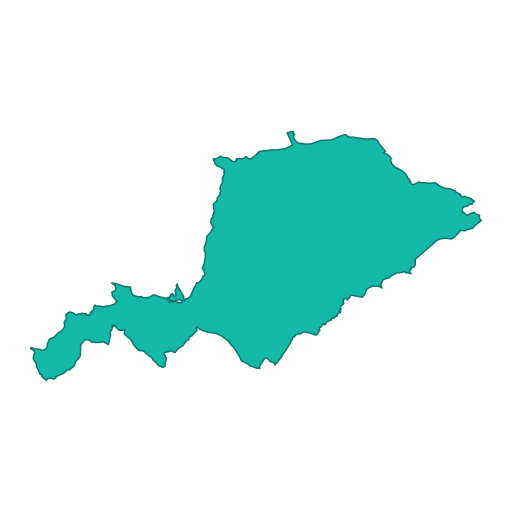 Jichisu De Jos, Cluj, Romania
{"feature_id": "2599482B10941499312276", "entity_name": "Jichisu De Jos", "entity_type": "district", "adm_level": 2, "iso_a3": "ROU", "parent_name": "Romania", "parent_adm1": "Cluj", "projection": "natural_earth1", "projection_center": [23.756, 47.117], "detail": "fine", "context": "isolated", "style": "filled", "palette": "teal", "viewbox_px": 512, "rotation_deg": 0, "n_neighbors": 0, "source": "geoboundaries", "source_scale": "gbopen_adm2", "svg_char_len": 6052}
<svg xmlns="http://www.w3.org/2000/svg" viewBox="0 0 512 512"><path d="M259.7,368.4L259.5,366.8L259.9,365.6L265.3,357.6L267.5,358.5L269.2,360.2L269.4,361.2L274.6,363.0L274.7,364.7L275.2,364.8L282.3,355.9L281.6,355.4L281.8,354.5L283.0,354.1L285.1,351.5L290.8,342.2L291.8,339.6L292.5,340.4L292.2,339.2L293.0,337.0L294.2,337.0L294.9,335.8L296.9,334.2L298.4,333.7L300.4,333.9L303.7,331.8L309.0,332.8L315.6,335.1L317.3,334.5L317.9,332.4L319.9,330.3L319.2,329.8L319.6,327.6L320.8,327.3L321.1,326.3L322.0,325.4L322.2,324.3L323.4,323.9L323.8,324.7L325.2,324.4L324.8,323.7L325.7,323.7L326.0,322.3L331.3,319.8L331.4,318.5L333.2,318.1L333.1,317.5L334.4,317.9L335.0,316.8L336.9,316.2L337.5,313.8L338.5,313.1L338.5,312.2L339.5,311.9L340.1,312.7L340.5,312.5L340.6,311.1L340.0,310.8L340.8,309.6L340.1,309.7L339.7,308.8L340.6,307.9L340.4,306.9L341.0,306.0L343.7,303.7L343.7,302.7L343.4,302.2L343.0,302.8L342.8,302.3L343.5,299.8L343.9,299.6L343.8,298.9L346.4,298.2L347.3,300.0L349.7,297.3L350.8,295.1L362.3,297.2L364.6,294.6L366.5,289.6L369.1,287.6L372.1,286.4L378.0,286.1L381.8,287.6L381.0,285.5L380.8,283.5L381.8,282.8L382.0,281.6L383.2,279.9L387.7,277.8L389.3,277.9L389.5,277.1L392.0,275.3L396.3,273.1L398.3,272.4L399.3,273.0L404.5,271.5L405.5,272.5L410.8,273.5L409.3,271.2L411.1,269.4L410.5,268.4L413.9,267.0L415.4,264.5L415.1,259.5L436.6,240.6L439.7,239.0L446.0,238.2L451.3,239.0L454.7,236.8L459.2,232.2L459.9,230.5L465.1,230.8L466.8,229.7L472.8,228.1L474.2,226.3L481.3,220.4L480.5,219.9L479.3,217.6L479.6,215.9L479.3,215.2L476.1,214.0L474.1,212.4L469.9,213.7L467.9,215.1L466.2,215.0L463.6,212.1L462.3,212.7L461.9,211.9L462.4,210.3L462.1,209.1L463.3,207.2L468.3,205.5L469.8,204.1L472.3,204.2L472.1,203.2L474.4,201.2L471.5,199.0L468.4,197.5L466.1,197.2L465.2,196.3L461.7,196.9L460.4,194.5L455.8,192.0L455.2,191.1L450.3,188.9L444.1,188.1L440.5,186.4L435.3,182.8L427.9,183.3L426.1,182.8L421.7,182.8L419.0,182.0L413.3,184.7L410.9,183.8L410.3,180.9L409.5,181.0L409.0,179.1L408.1,179.0L408.1,178.1L406.4,175.1L403.2,171.6L396.5,167.7L395.7,167.9L391.5,163.3L391.3,161.9L390.4,160.3L391.2,158.8L390.8,157.8L387.8,154.8L383.9,152.9L383.7,152.6L385.4,151.4L378.5,142.8L377.6,140.6L374.4,138.6L365.6,139.1L353.3,137.2L349.6,137.1L347.9,136.6L346.1,134.8L344.7,134.7L337.7,137.0L331.6,140.0L320.8,140.4L311.2,143.8L306.3,144.2L299.8,143.2L298.8,143.5L295.6,140.9L293.8,138.4L294.0,137.7L293.4,135.4L295.1,134.0L293.7,134.5L293.4,131.7L290.4,131.9L287.2,132.9L292.7,145.0L285.2,148.7L276.3,150.1L273.3,149.8L259.5,151.4L257.0,153.6L257.3,154.1L256.9,154.4L250.4,159.1L248.5,158.6L246.6,156.9L245.7,156.7L245.0,157.6L242.8,158.6L236.6,158.8L236.3,159.2L236.4,160.9L234.0,161.7L232.7,161.5L227.9,157.9L222.6,157.5L221.3,157.0L220.9,156.2L216.1,158.9L213.7,158.7L214.0,159.7L213.5,159.9L214.7,162.1L215.0,163.6L216.3,165.2L217.9,166.4L220.5,167.1L222.7,168.8L224.2,169.1L224.4,171.3L223.7,172.2L224.3,173.8L223.5,176.1L222.4,177.5L222.9,178.3L222.3,179.0L222.5,180.7L222.2,183.1L220.4,186.2L220.0,189.4L220.6,190.1L220.7,191.2L220.1,192.3L219.9,194.5L217.2,198.1L217.2,199.7L216.8,200.9L213.2,204.3L213.8,209.4L214.6,211.4L213.6,212.5L213.7,214.0L212.8,214.8L213.1,216.4L211.1,219.2L211.1,221.2L210.5,222.4L213.6,227.8L211.7,230.0L211.2,231.8L206.8,236.3L206.1,242.5L204.3,247.1L204.4,251.0L205.4,252.7L205.4,257.6L204.1,264.0L202.3,267.7L202.5,268.8L203.6,269.8L204.3,271.5L204.8,275.0L203.3,276.0L201.4,279.9L199.9,281.8L198.8,282.6L196.7,282.9L195.8,285.2L193.4,288.7L192.8,291.3L190.9,294.7L191.5,295.6L190.1,296.3L187.9,298.5L185.0,299.2L184.6,300.9L183.6,300.4L183.7,296.6L178.3,287.4L177.1,284.3L176.3,285.4L176.9,288.2L175.7,289.1L175.7,290.5L174.8,290.9L175.8,292.4L175.7,293.9L176.1,294.3L175.8,295.7L174.4,296.5L173.7,295.8L173.7,295.0L172.8,295.7L172.5,295.5L172.8,294.0L172.3,293.7L170.8,294.5L169.7,297.2L167.9,297.5L171.1,300.7L172.9,300.9L179.2,299.6L181.4,300.4L182.4,301.9L181.5,302.8L178.3,302.6L175.9,301.4L169.2,302.2L169.4,301.5L168.9,300.5L168.2,300.4L167.5,299.7L167.6,299.2L166.3,298.4L158.6,296.6L155.2,295.1L153.0,295.0L149.1,297.5L147.6,297.3L145.9,297.8L143.3,297.6L141.1,296.6L138.7,296.8L135.6,296.1L133.2,295.1L131.9,293.4L131.1,291.7L130.5,287.1L124.8,286.7L115.3,283.5L112.3,283.0L111.9,283.1L115.3,285.5L115.8,289.0L115.4,290.4L111.8,292.4L112.3,293.3L112.2,295.7L115.3,299.6L117.3,301.0L114.5,304.1L110.1,305.7L105.7,306.1L103.9,306.9L98.8,306.0L96.5,306.2L95.2,305.1L94.1,306.2L93.7,308.3L94.1,309.2L92.7,310.5L91.8,312.7L91.5,312.6L92.0,311.3L91.5,311.2L90.0,313.8L90.1,315.1L88.6,315.6L87.4,315.3L89.2,314.6L86.5,315.1L86.3,313.8L81.3,313.3L80.8,314.2L78.7,313.8L76.4,315.1L72.8,312.7L70.1,312.0L68.7,312.3L65.8,314.8L66.5,318.6L64.1,322.2L64.6,325.5L64.4,327.2L62.1,330.4L58.4,332.8L53.6,337.6L50.7,338.3L49.1,339.6L47.4,343.9L47.0,346.9L46.4,348.2L44.5,349.7L42.4,350.4L38.7,349.1L35.0,348.9L31.2,347.5L30.7,348.2L30.8,348.8L33.3,350.0L34.2,351.1L34.8,353.2L33.8,354.7L33.9,356.1L33.3,357.4L33.4,359.1L36.7,364.5L36.7,367.1L38.8,371.0L39.8,374.0L41.2,374.7L42.4,377.2L46.4,380.3L48.0,378.5L50.9,378.3L54.2,379.0L55.9,377.8L56.0,376.7L64.2,373.0L67.4,369.9L69.8,369.6L74.3,365.8L76.1,360.9L78.4,358.9L79.8,356.7L80.5,353.8L80.6,345.8L81.0,344.1L85.5,339.5L90.1,340.3L90.4,341.4L91.8,342.3L92.6,341.8L95.6,342.5L100.8,342.3L103.1,341.7L108.4,344.6L110.6,334.7L110.1,332.8L112.2,328.5L112.2,325.2L113.5,325.2L113.9,326.5L114.9,325.2L115.9,326.5L116.2,327.5L118.9,330.3L125.0,330.3L124.3,332.6L124.5,334.4L130.9,339.5L134.0,345.3L137.6,349.5L139.3,350.5L144.4,351.2L145.1,352.5L148.7,355.6L151.4,357.1L153.1,360.1L156.3,362.8L158.0,365.2L162.6,367.3L164.9,366.5L165.2,362.7L166.1,360.1L166.3,357.7L165.4,357.0L165.4,356.2L164.2,354.4L164.1,353.1L165.6,352.2L169.5,351.5L170.6,350.6L175.0,352.6L178.1,348.7L182.8,345.6L186.7,340.5L188.8,339.7L189.2,337.3L192.0,335.7L197.1,330.3L196.0,327.5L197.1,326.7L198.8,328.6L202.8,330.7L208.9,332.3L216.1,333.4L221.7,336.0L228.2,341.0L231.9,346.0L233.3,346.8L238.9,355.3L241.1,360.1L241.9,361.0L248.7,364.5L249.8,365.7L256.9,368.2L259.7,368.4Z" fill="#14b8a6" stroke="#0f766e" stroke-width="1.5"/></svg>